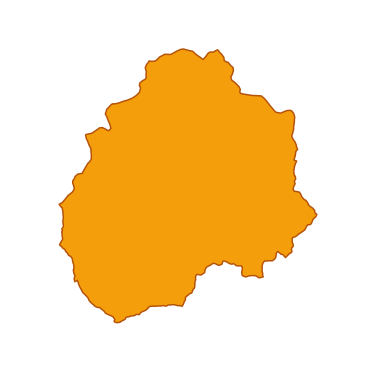 Bji, Ha, Bhutan (orthographic projection), rotated 13°
{"feature_id": "84629894B12913884891089", "entity_name": "Bji", "entity_type": "district", "adm_level": 2, "iso_a3": "BTN", "parent_name": "Bhutan", "parent_adm1": "Ha", "projection": "orthographic", "projection_center": [89.176, 27.451], "detail": "fine", "context": "isolated", "style": "filled", "palette": "amber", "viewbox_px": 384, "rotation_deg": 13, "n_neighbors": 0, "source": "geoboundaries", "source_scale": "gbopen_adm2", "svg_char_len": 6003}
<svg xmlns="http://www.w3.org/2000/svg" viewBox="0 0 384 384"><g transform="rotate(13 192 192)"><path d="M314.8,196.9L315.0,196.4L315.4,195.7L315.8,193.3L315.9,192.0L316.0,191.6L316.5,190.6L317.7,189.0L318.5,187.5L318.6,185.9L318.5,185.5L317.0,185.0L316.5,184.5L316.0,183.5L315.8,182.6L315.5,182.2L315.1,181.9L314.0,181.2L313.3,180.6L311.0,179.7L308.9,178.7L308.2,178.0L307.7,177.1L305.7,175.2L304.9,174.6L302.7,173.9L301.5,173.1L299.6,171.5L298.7,170.0L296.8,168.1L296.3,168.0L295.6,168.0L293.9,168.0L293.4,168.2L291.6,168.1L291.3,168.0L290.5,167.4L290.0,166.6L289.8,165.7L290.0,162.8L290.5,161.7L290.5,160.8L290.5,160.4L289.6,159.3L289.4,158.8L289.5,157.7L290.0,156.4L290.1,155.7L289.5,155.0L289.2,153.5L289.0,153.3L288.2,153.0L287.9,152.5L286.6,149.4L286.4,147.8L286.2,145.9L286.2,144.3L286.1,143.0L286.4,142.1L286.4,140.8L287.0,138.7L286.9,138.4L286.6,138.2L285.9,138.1L285.0,138.2L284.4,137.9L284.2,137.7L284.3,135.1L284.3,134.5L284.5,133.9L284.5,133.5L284.2,131.3L284.1,129.0L285.3,126.9L285.1,126.5L284.5,125.5L284.0,125.0L283.6,124.4L283.5,123.8L282.9,122.6L281.5,120.6L280.8,119.8L279.7,118.9L278.7,117.9L276.9,115.7L276.5,114.5L276.9,111.9L276.8,110.5L276.9,108.1L276.7,106.8L276.3,105.6L276.1,101.7L275.9,100.3L275.6,99.0L275.4,97.8L275.4,96.6L275.0,95.4L274.4,94.3L273.1,92.3L271.1,90.7L269.6,90.3L266.7,91.1L264.2,92.6L260.7,95.2L257.4,95.4L255.2,95.2L247.9,89.7L244.2,86.6L240.9,84.3L237.8,82.8L228.8,84.4L220.8,85.0L217.1,85.0L216.0,83.7L216.0,81.3L214.2,78.9L212.1,77.5L209.4,75.8L205.4,74.0L203.9,71.1L204.8,68.3L204.8,66.9L205.1,64.7L204.0,61.5L201.1,59.9L197.9,57.5L195.6,57.4L193.7,56.5L193.0,54.2L192.2,53.1L189.1,50.6L186.8,49.2L185.9,48.1L184.7,47.8L182.5,49.7L181.4,50.8L177.9,51.7L176.3,53.5L175.3,56.1L174.0,58.7L173.2,59.9L172.9,60.4L170.3,59.2L164.8,57.0L161.2,54.8L156.4,54.8L151.4,54.6L148.9,55.6L145.3,58.3L142.2,61.2L140.0,62.9L134.6,63.9L130.2,67.6L127.5,71.8L126.1,73.0L122.6,73.9L121.5,73.9L120.7,74.0L120.4,75.5L119.1,77.8L118.5,81.2L119.3,83.0L120.4,85.0L120.9,88.7L121.6,90.2L121.4,92.3L118.8,94.7L116.7,97.4L116.8,100.2L118.5,102.2L118.4,106.6L116.1,110.4L112.7,114.0L108.0,117.3L104.8,119.0L101.8,121.0L97.8,123.2L94.5,124.1L93.2,125.6L91.7,128.5L90.4,130.3L90.0,135.4L92.4,138.3L93.5,140.1L97.0,145.0L98.7,148.3L97.2,150.8L96.7,151.1L92.6,149.9L90.1,149.4L87.5,150.3L84.8,153.4L81.0,157.4L76.0,159.7L75.5,160.4L77.0,163.7L78.9,166.0L81.3,169.6L83.9,172.7L84.3,174.7L85.4,177.9L86.5,182.7L85.3,185.7L84.1,187.5L81.4,196.1L81.0,198.4L76.5,200.4L74.7,203.1L74.2,205.7L73.3,208.0L73.8,210.3L75.2,212.3L76.6,215.4L75.6,218.8L72.0,223.3L70.7,226.2L68.0,231.5L65.4,233.8L66.5,234.9L67.6,235.9L69.1,236.7L70.0,239.0L70.8,240.4L71.0,241.7L71.4,243.1L72.0,244.2L72.6,247.4L72.7,249.3L73.0,250.6L73.7,252.1L74.2,253.7L74.4,255.1L73.6,256.8L73.6,257.8L74.5,258.7L74.0,260.3L74.7,261.5L75.1,262.8L75.4,264.2L76.0,265.4L76.6,267.4L76.0,268.8L74.8,273.0L75.7,273.9L77.1,274.4L78.3,275.5L79.6,276.2L80.9,276.4L81.9,277.8L82.9,278.8L84.2,279.4L86.0,281.5L88.2,282.0L89.5,283.0L90.9,284.9L91.2,286.4L91.9,287.6L92.8,288.9L93.5,290.5L94.2,293.2L93.9,294.6L95.1,297.7L96.8,299.8L96.7,301.4L96.7,303.0L97.2,304.3L98.1,305.7L99.3,304.8L100.2,304.0L101.1,305.2L102.8,308.1L103.5,309.1L108.3,314.6L113.1,317.5L114.1,318.2L116.7,321.4L118.0,322.2L120.6,323.7L121.4,324.0L123.4,325.3L125.7,325.6L127.1,325.6L127.9,325.3L130.1,326.5L131.3,326.9L133.0,327.8L135.0,329.6L137.2,330.1L142.3,331.1L143.3,331.5L145.4,333.5L145.5,334.2L145.1,335.2L146.1,336.2L148.5,336.2L151.3,335.0L151.7,334.3L155.0,331.5L155.7,330.6L155.7,329.5L156.3,328.7L158.5,327.8L161.0,326.3L161.7,326.0L162.9,325.8L164.0,325.1L164.9,324.1L166.4,323.5L167.6,323.5L168.4,323.1L168.5,322.4L169.3,320.9L170.0,320.2L173.4,317.7L174.4,316.4L175.1,315.6L175.4,314.6L176.1,313.6L176.8,312.8L177.5,312.7L180.3,311.8L181.3,311.8L185.2,310.5L186.7,310.3L187.7,309.8L189.4,309.2L192.2,309.0L192.9,308.8L193.8,307.8L194.6,307.2L195.9,307.1L197.7,306.4L199.7,305.8L200.5,305.8L202.4,305.9L203.8,305.9L205.9,305.5L207.1,305.5L208.0,305.6L208.2,304.7L208.6,304.2L208.8,303.5L209.2,300.4L209.8,298.8L209.7,298.0L209.4,296.6L209.7,295.4L211.5,293.2L212.2,292.2L213.2,291.1L214.4,290.5L214.8,288.5L214.8,287.1L215.9,285.3L216.0,283.7L215.6,282.0L215.5,280.4L215.1,279.8L215.0,279.0L215.3,277.0L215.3,276.4L214.7,275.0L214.6,272.5L214.9,271.8L215.7,271.1L218.8,271.0L219.5,270.8L220.0,270.4L220.4,269.8L221.8,268.5L222.5,267.4L222.2,265.8L222.7,262.8L223.4,261.6L224.4,260.7L225.6,259.8L228.5,256.9L229.4,256.5L230.3,256.6L231.3,256.7L233.9,257.4L234.4,257.4L235.6,256.9L237.3,255.7L237.5,255.2L237.6,253.0L238.1,252.2L239.0,251.9L242.3,252.5L244.5,253.3L246.5,253.4L247.4,253.2L248.3,252.6L248.7,252.6L249.8,252.8L251.6,253.8L252.0,253.9L252.8,253.7L254.4,253.5L255.1,253.2L256.5,252.9L257.7,253.8L258.3,255.1L258.4,257.9L258.7,259.7L259.0,260.4L259.3,261.3L259.6,261.8L261.0,262.5L262.0,262.5L263.2,262.7L263.8,262.5L265.1,261.8L266.0,261.1L268.1,260.2L271.9,259.4L272.8,259.3L273.4,259.4L274.5,259.7L276.1,260.5L276.6,260.5L278.2,259.9L280.4,258.6L279.7,257.6L279.2,255.5L277.9,252.8L277.5,250.4L277.0,248.3L277.0,246.1L277.2,245.1L278.3,242.8L279.1,242.6L279.8,242.6L281.7,242.0L283.4,241.4L285.2,241.1L285.8,240.9L286.3,240.4L287.0,239.5L287.8,238.4L288.0,237.9L288.3,236.1L288.1,233.8L288.0,232.7L288.0,232.3L288.1,232.0L288.5,231.3L288.9,230.9L289.3,230.7L289.7,230.9L290.5,231.5L290.9,231.7L291.6,231.8L293.0,232.7L294.5,232.5L295.0,232.7L296.2,233.7L297.1,234.3L297.7,234.8L298.5,233.8L298.9,233.3L299.2,232.4L300.2,231.3L300.4,230.7L300.7,230.1L301.8,229.3L302.3,228.8L302.5,228.5L302.7,227.7L302.4,226.7L301.8,225.4L301.7,224.9L301.7,224.3L301.9,223.7L302.8,222.3L302.8,221.9L302.8,221.6L302.1,219.8L301.7,219.3L301.1,218.9L300.9,218.6L300.7,217.3L300.1,215.2L300.1,214.5L300.3,214.1L300.5,213.8L303.3,211.8L304.3,210.6L304.7,209.8L305.2,209.2L306.1,208.4L310.4,203.6L310.8,202.2L311.0,201.0L311.4,200.1L311.8,198.4L312.0,198.1L312.4,197.9L314.0,197.4L314.8,196.9Z" fill="#f59e0b" stroke="#b45309" stroke-width="1.5"/></g></svg>